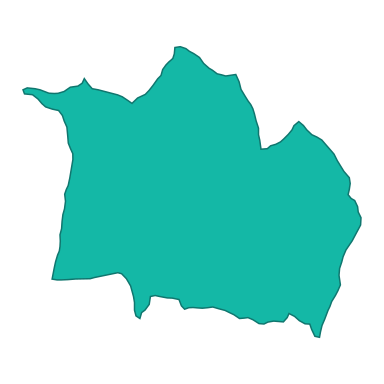 Platina, São Paulo, Brazil
{"feature_id": "56859067B47718729425481", "entity_name": "Platina", "entity_type": "district", "adm_level": 2, "iso_a3": "BRA", "parent_name": "Brazil", "parent_adm1": "São Paulo", "projection": "robinson", "projection_center": [-50.219, -22.62], "detail": "fine", "context": "isolated", "style": "filled", "palette": "teal", "viewbox_px": 384, "rotation_deg": 0, "n_neighbors": 0, "source": "geoboundaries", "source_scale": "gbopen_adm2", "svg_char_len": 2322}
<svg xmlns="http://www.w3.org/2000/svg" viewBox="0 0 384 384"><path d="M52.1,279.1L57.0,279.9L61.4,279.9L68.0,279.6L75.5,279.0L90.2,278.7L94.5,277.5L117.8,272.7L121.6,273.7L126.4,278.7L130.6,285.9L132.2,291.7L133.5,296.5L134.5,302.5L134.5,310.2L136.0,315.9L139.9,318.5L141.6,312.6L145.0,310.1L149.2,304.4L150.4,296.5L155.2,295.5L159.7,296.5L167.2,297.9L172.2,298.1L179.0,299.5L181.4,305.8L184.6,309.2L188.8,307.7L193.1,307.5L197.7,307.9L202.4,308.2L207.7,307.7L212.8,307.0L218.6,308.7L225.0,310.4L229.9,312.8L233.9,314.7L239.5,318.5L244.1,318.1L248.0,317.6L252.9,319.7L259.0,323.6L264.0,324.0L267.9,322.1L273.7,321.1L283.4,321.9L287.2,317.6L289.0,313.5L294.6,316.4L299.4,320.7L305.0,323.8L309.8,324.1L311.6,329.3L314.9,336.3L319.5,337.3L320.5,331.8L322.0,325.5L324.7,319.2L328.0,310.4L329.9,306.5L331.7,301.5L335.4,295.5L337.9,290.7L340.4,284.9L339.0,275.3L339.6,268.4L341.7,262.1L343.1,256.7L346.0,249.9L352.2,240.8L356.4,232.9L358.6,228.8L360.6,225.0L361.0,217.7L358.2,212.0L357.6,206.7L354.7,200.5L351.2,198.5L348.1,194.7L349.3,189.5L350.2,183.5L349.3,177.7L343.9,171.4L340.5,165.9L337.3,160.7L334.0,154.1L330.3,149.8L325.5,144.3L321.8,140.0L317.0,137.1L311.8,134.7L306.8,129.9L303.5,125.6L298.8,121.6L294.0,125.6L292.0,129.9L288.2,134.5L283.6,139.1L280.5,141.9L275.8,144.3L270.6,145.8L267.3,148.7L261.0,149.2L259.7,140.0L258.5,134.7L258.5,128.2L256.1,120.8L254.4,113.8L252.8,108.6L250.7,104.5L248.0,100.9L244.9,95.9L241.0,89.4L239.1,81.8L235.8,74.5L225.7,76.0L221.5,74.8L217.1,73.8L212.4,70.2L209.0,68.2L203.6,63.4L199.5,57.5L194.2,53.9L189.4,51.3L185.9,48.6L180.3,46.7L174.9,47.5L174.3,53.9L172.8,58.5L168.9,61.9L166.0,64.9L162.7,69.5L161.0,75.5L157.7,78.8L153.1,85.3L149.1,90.4L145.3,94.4L137.6,98.0L132.0,103.4L127.7,100.4L122.3,96.8L117.7,94.9L98.2,89.8L92.2,88.7L88.0,83.9L84.3,78.6L82.2,83.2L77.9,86.1L70.3,87.2L64.1,91.5L58.1,93.3L54.3,93.5L48.9,93.2L40.0,89.8L35.0,88.7L27.2,87.9L23.0,89.8L24.5,93.9L32.5,94.7L38.0,99.0L41.9,103.6L45.6,106.9L52.2,109.1L58.6,110.5L62.4,115.5L64.2,121.0L66.9,127.1L67.8,136.7L68.3,143.1L70.4,148.4L72.8,153.7L72.9,159.5L71.2,169.6L69.8,178.0L68.2,185.5L66.3,189.5L64.7,194.2L65.5,201.3L64.5,208.9L62.9,214.6L62.1,221.2L61.6,228.6L60.0,234.8L60.3,241.1L60.0,246.6L59.3,251.1L57.6,255.0L55.6,261.7L54.3,267.7L52.1,279.1Z" fill="#14b8a6" stroke="#0f766e" stroke-width="1.5"/></svg>